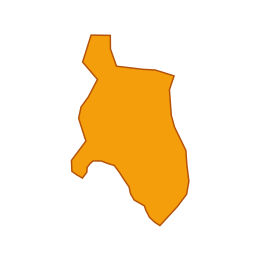 Analiontas, Nicosia, Cyprus, rotated 131°
{"feature_id": "46923920B57041091158148", "entity_name": "Analiontas", "entity_type": "district", "adm_level": 2, "iso_a3": "CYP", "parent_name": "Cyprus", "parent_adm1": "Nicosia", "projection": "mercator", "projection_center": [33.3, 35.009], "detail": "fine", "context": "isolated", "style": "filled", "palette": "amber", "viewbox_px": 256, "rotation_deg": 131, "n_neighbors": 0, "source": "geoboundaries", "source_scale": "gbopen_adm2", "svg_char_len": 661}
<svg xmlns="http://www.w3.org/2000/svg" viewBox="0 0 256 256"><g transform="rotate(131 128 128)"><path d="M180.7,39.9L155.3,39.2L139.6,40.3L128.3,47.1L117.1,59.5L106.9,69.7L96.8,93.5L90.0,103.7L72.0,121.8L58.5,127.4L66.4,145.5L74.3,155.7L88.9,177.2L79.9,193.1L69.7,202.1L82.1,216.8L108.0,205.5L111.4,182.9L130.6,178.3L143.0,177.2L153.1,171.6L165.5,151.2L189.6,149.4L197.5,141.9L196.9,135.7L195.7,129.5L188.4,130.1L184.5,133.0L179.5,133.3L175.7,132.7L170.4,126.5L168.3,120.6L165.3,113.7L167.1,105.4L169.2,98.3L171.8,88.5L176.0,82.9L178.3,76.1L176.0,64.5L178.3,60.7L181.3,53.2L181.6,46.1L180.7,39.9Z" fill="#f59e0b" stroke="#b45309" stroke-width="1.5"/></g></svg>